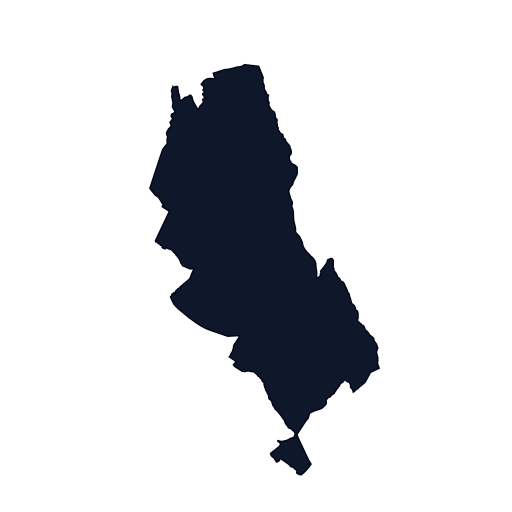 the district of Ciomagesti, Arges, Romania, rotated 125°
{"feature_id": "2599482B53868584928572", "entity_name": "Ciomagesti", "entity_type": "district", "adm_level": 2, "iso_a3": "ROU", "parent_name": "Romania", "parent_adm1": "Arges", "projection": "equal_earth", "projection_center": [24.476, 44.857], "detail": "fine", "context": "isolated", "style": "filled", "palette": "ink", "viewbox_px": 512, "rotation_deg": 125, "n_neighbors": 0, "source": "geoboundaries", "source_scale": "gbopen_adm2", "svg_char_len": 6131}
<svg xmlns="http://www.w3.org/2000/svg" viewBox="0 0 512 512"><g transform="rotate(125 256 256)"><path d="M219.6,393.5L222.4,393.4L224.8,392.8L261.3,381.8L261.9,380.6L263.9,373.4L263.8,370.0L264.3,368.3L267.2,361.5L268.8,361.4L269.4,361.1L269.0,352.6L301.2,347.1L301.9,346.1L301.5,345.4L301.7,342.1L301.0,341.2L302.0,340.5L301.9,340.2L301.4,339.8L301.3,339.2L301.9,338.4L302.7,337.9L302.9,337.1L302.3,334.6L301.1,334.6L300.6,334.3L300.6,333.0L300.0,332.1L300.2,331.3L299.4,330.0L299.6,328.8L299.5,326.7L300.1,325.8L300.5,322.8L301.2,321.6L301.1,321.0L301.5,320.0L301.3,319.3L302.1,318.6L302.5,316.9L304.7,313.7L306.1,310.1L305.5,308.8L305.2,305.9L304.5,304.0L304.5,303.0L303.5,301.4L302.1,300.4L301.9,299.9L304.3,299.0L308.0,298.4L312.0,297.2L312.9,297.2L321.4,299.5L321.9,299.4L324.6,300.4L325.8,300.1L327.7,301.2L328.5,301.1L330.2,301.7L333.6,300.3L333.8,300.6L333.4,301.0L333.3,301.3L332.6,301.4L332.5,301.7L333.1,302.1L334.1,302.2L334.3,302.5L335.2,302.3L335.3,302.5L335.0,302.7L335.2,302.9L336.9,302.4L338.6,302.5L342.3,296.1L343.1,293.2L343.8,288.9L344.9,275.1L345.0,266.6L344.8,261.3L344.2,256.0L342.9,250.5L337.9,233.1L332.2,225.9L331.6,225.0L331.1,223.5L331.3,223.3L342.1,222.9L344.1,221.8L347.4,220.6L351.2,220.3L352.5,219.8L353.9,220.0L353.8,213.2L354.0,212.2L355.2,211.8L358.1,212.1L358.7,209.7L358.3,200.9L357.7,200.2L357.1,198.8L356.2,198.4L353.8,195.4L353.9,194.9L353.7,194.2L352.7,192.6L352.1,191.0L352.6,186.8L353.1,185.4L352.9,184.1L353.5,182.9L353.4,181.6L355.1,178.4L354.8,177.6L354.9,177.0L356.5,175.8L359.0,172.7L360.0,171.2L360.5,170.8L360.7,169.6L361.7,168.3L362.8,166.0L365.3,163.7L365.6,162.9L365.6,160.9L366.1,159.7L368.7,156.4L369.4,153.9L370.4,152.6L370.5,150.6L372.2,144.5L373.7,140.4L373.8,139.3L376.1,136.0L376.9,134.0L377.1,132.6L378.0,131.2L377.9,130.1L377.4,128.1L377.5,127.1L377.8,125.6L377.9,123.7L378.7,122.9L379.0,121.8L382.8,120.9L385.7,123.1L389.1,124.8L392.5,127.7L394.0,129.9L394.3,131.7L394.8,132.1L395.3,131.7L395.2,129.5L395.4,128.8L396.2,128.1L397.1,127.7L398.2,127.6L399.6,127.9L409.4,130.8L410.8,129.0L411.2,125.3L411.7,123.6L412.4,122.6L412.9,120.9L412.4,120.5L410.4,119.6L407.8,120.0L407.8,110.3L408.1,107.7L408.5,107.3L408.3,105.7L407.7,105.2L408.0,102.6L408.4,99.2L410.3,98.3L410.5,96.6L409.8,96.3L410.1,95.0L409.2,93.4L404.7,92.3L400.1,91.7L394.9,91.6L393.1,95.8L380.6,117.6L378.8,120.1L362.7,120.6L359.0,120.2L354.1,122.0L350.3,120.0L343.6,115.1L341.8,114.4L337.2,113.7L336.3,114.0L334.0,115.9L331.1,115.9L328.6,114.4L326.8,114.5L323.8,113.2L321.7,113.5L320.4,113.3L318.9,113.8L317.7,113.2L315.8,113.6L314.7,113.1L313.5,113.6L311.2,113.5L309.8,112.5L308.6,112.9L306.3,112.0L306.5,109.3L306.4,108.3L305.9,108.2L306.1,106.8L307.5,104.3L309.0,103.5L309.5,102.6L309.8,101.1L310.4,99.7L311.7,98.3L309.9,97.6L307.6,97.3L306.5,96.5L305.1,96.5L296.9,94.2L285.7,95.5L277.3,90.8L276.4,92.0L275.2,94.0L274.8,94.1L273.8,95.6L273.5,95.4L271.6,96.4L270.7,97.2L269.8,97.6L265.5,102.5L264.8,102.7L264.0,102.6L262.7,103.5L261.8,103.3L259.2,106.6L258.0,110.0L257.2,111.2L256.0,112.4L255.5,115.6L255.8,117.4L255.0,118.4L254.9,119.2L254.0,121.2L254.0,122.6L253.8,124.1L251.7,127.2L251.5,128.5L251.9,129.9L251.4,131.0L251.4,133.2L251.1,133.8L251.1,134.4L250.8,135.7L250.3,136.2L247.9,137.0L246.8,138.1L245.4,138.8L244.1,139.9L243.0,141.3L242.8,141.9L243.5,143.2L241.9,144.4L240.5,146.6L240.1,148.4L240.0,150.5L236.1,155.0L235.8,156.0L234.2,157.3L233.3,158.9L232.9,160.5L231.8,161.6L231.4,162.6L230.5,163.5L230.3,164.6L228.9,166.5L227.4,169.4L227.8,170.7L227.9,171.9L227.6,172.7L226.8,174.0L226.5,175.4L226.6,176.6L225.1,178.9L224.1,181.0L223.4,183.4L220.5,186.6L215.4,190.1L214.5,191.9L215.0,193.2L218.2,195.1L220.0,194.3L222.5,194.0L227.5,194.1L231.0,194.4L231.3,194.3L231.0,193.7L231.3,193.5L233.8,193.0L235.3,191.9L239.6,193.1L239.0,193.9L234.0,197.3L231.4,200.0L227.8,202.8L226.7,204.3L225.8,205.8L224.9,208.7L224.7,211.5L224.1,213.2L223.6,216.8L222.2,220.8L221.0,223.1L218.4,225.8L217.4,227.4L215.7,230.4L214.9,232.3L214.2,236.1L213.1,238.1L211.7,238.7L210.7,239.5L204.8,246.0L198.3,250.9L196.3,253.1L194.4,255.8L193.0,255.9L191.2,257.0L189.1,260.6L185.2,265.4L183.7,266.7L179.7,267.5L176.9,267.0L175.1,267.5L174.1,268.1L173.0,268.1L172.3,268.5L171.6,268.3L165.8,269.2L164.4,269.8L159.7,273.2L159.3,275.8L159.8,280.5L158.6,281.9L158.7,282.7L158.5,283.2L156.0,285.6L154.5,286.0L152.1,285.9L150.7,286.6L149.0,288.3L147.7,290.4L146.6,291.4L145.0,297.2L143.6,299.0L143.6,301.2L141.2,303.8L141.4,306.9L140.4,308.7L140.1,310.3L138.3,311.3L137.3,313.4L136.3,313.7L135.2,315.2L132.4,316.8L132.1,317.3L132.0,318.9L131.1,319.6L130.3,320.9L129.1,321.4L128.7,322.2L127.6,323.4L127.8,325.8L127.4,326.9L127.0,328.8L125.4,331.6L124.8,332.3L122.7,333.3L121.8,335.4L120.9,335.8L119.6,337.0L117.2,338.0L117.1,338.6L117.5,339.8L116.4,341.2L114.7,344.7L114.0,345.5L111.9,346.9L109.4,350.5L108.7,350.7L106.9,352.1L105.9,352.3L99.1,362.6L105.9,375.2L107.8,375.8L109.5,377.0L113.0,380.7L114.5,381.7L118.5,385.4L120.5,387.5L121.1,388.4L130.8,395.8L133.9,391.9L134.4,391.7L135.0,391.9L136.6,395.1L138.9,397.6L141.9,399.0L146.7,399.4L147.1,398.3L146.9,396.6L147.7,395.7L147.9,395.1L148.8,394.9L149.4,394.5L150.5,394.7L150.8,394.1L150.3,393.2L151.2,392.4L152.6,392.2L153.4,392.7L154.0,392.5L154.5,391.7L154.2,391.2L156.0,388.9L155.4,387.9L158.3,389.5L159.9,387.5L160.5,387.2L165.6,387.8L169.2,387.2L169.2,388.0L166.6,393.8L164.8,397.0L162.5,399.6L161.8,401.7L161.9,402.1L162.2,402.3L165.2,403.5L166.9,405.2L171.4,406.3L171.7,406.5L171.5,407.1L171.9,408.0L171.8,408.3L169.9,409.4L168.9,410.5L168.7,411.4L167.9,411.5L167.5,411.8L167.3,413.0L166.1,413.7L165.1,414.6L164.8,415.2L164.2,415.5L163.7,416.3L162.4,417.1L162.4,417.9L163.5,419.3L165.2,420.2L165.3,420.6L165.0,421.2L169.2,420.0L170.9,417.9L174.1,416.2L174.6,415.3L176.6,413.5L177.8,412.0L181.6,410.1L183.1,407.6L183.8,405.6L184.2,405.1L185.4,405.0L188.3,406.4L189.5,406.1L190.7,404.9L190.6,403.9L190.9,403.5L192.1,402.9L195.8,403.1L196.2,402.8L196.5,401.8L197.6,400.4L199.3,400.0L202.0,400.5L206.3,400.0L207.7,398.8L208.6,397.2L209.8,396.3L212.0,395.5L213.5,394.1L214.6,393.4L215.8,393.1L219.6,393.5Z" fill="#0f172a" stroke="#020617" stroke-width="1.5"/></g></svg>